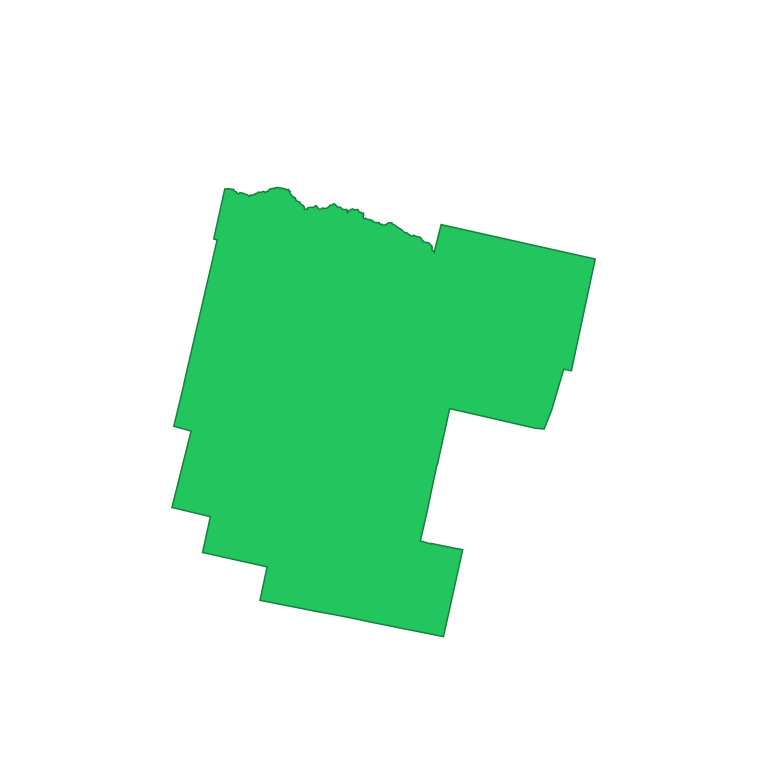 the district of Ayacucho, Buenos Aires, Argentina, rotated 60°
{"feature_id": "61730980B23914757099295", "entity_name": "Ayacucho", "entity_type": "district", "adm_level": 2, "iso_a3": "ARG", "parent_name": "Argentina", "parent_adm1": "Buenos Aires", "projection": "natural_earth1", "projection_center": [-58.84, -36.976], "detail": "fine", "context": "isolated", "style": "filled", "palette": "green", "viewbox_px": 768, "rotation_deg": 60, "n_neighbors": 0, "source": "geoboundaries", "source_scale": "gbopen_adm2", "svg_char_len": 6038}
<svg xmlns="http://www.w3.org/2000/svg" viewBox="0 0 768 768"><g transform="rotate(60 384 384)"><path d="M466.2,215.1L381.4,138.6L274.5,254.8L295.0,274.7L294.2,274.7L293.9,274.8L292.9,275.0L292.4,275.3L291.7,275.4L291.0,274.8L290.3,274.0L289.4,274.0L288.4,273.8L288.0,273.4L287.6,273.7L287.2,274.1L285.8,274.2L284.7,274.4L284.4,274.6L283.5,275.3L283.1,275.7L283.2,276.1L282.9,276.5L282.3,277.1L281.5,277.5L280.7,278.6L280.1,278.8L279.7,278.6L279.2,278.6L278.5,279.0L277.8,279.0L277.3,278.9L276.4,279.1L275.1,279.2L274.8,279.4L274.6,279.6L274.2,280.3L274.0,280.5L273.6,280.7L272.9,281.4L272.9,281.8L272.5,282.1L272.1,282.7L271.8,282.7L271.6,282.9L271.2,283.2L270.7,283.3L270.6,283.5L270.4,283.8L270.0,284.1L269.8,284.5L269.9,285.6L269.8,286.2L269.6,286.6L269.0,286.8L268.6,287.0L268.1,287.1L267.8,287.3L267.2,287.4L267.0,287.8L266.6,288.1L266.2,288.1L265.4,288.2L265.3,288.4L264.9,288.5L264.4,288.7L263.8,289.5L263.5,290.2L263.0,290.4L262.5,290.7L261.4,291.0L260.5,291.4L259.1,291.6L258.7,291.8L256.7,293.0L255.5,293.5L254.8,294.1L253.5,294.4L252.3,294.9L251.3,295.6L250.6,296.0L249.6,296.8L249.2,296.7L248.8,296.5L248.4,296.5L248.1,296.7L248.1,297.2L247.7,297.6L247.5,297.9L247.3,298.8L246.8,299.2L246.6,299.5L246.7,301.3L246.9,301.8L247.1,302.3L247.0,302.6L246.7,303.1L246.9,303.8L246.7,304.2L245.5,305.8L245.3,305.9L244.6,306.1L244.2,306.4L244.0,307.0L243.5,307.5L243.2,307.8L242.8,307.7L242.2,307.5L241.8,307.5L241.5,307.8L241.3,308.1L241.2,308.5L241.3,309.0L240.7,309.9L240.2,310.0L240.2,310.4L239.5,311.0L239.2,311.1L238.4,312.4L238.1,312.4L237.5,312.1L237.2,312.1L236.4,312.5L235.9,313.2L235.5,313.5L234.7,313.7L234.3,314.5L234.0,314.7L233.8,315.1L233.7,315.4L233.5,315.5L233.4,315.8L233.1,316.2L232.9,316.4L231.9,316.7L231.5,316.8L231.2,317.0L231.1,317.3L231.2,318.1L231.1,318.6L230.5,318.9L230.1,318.9L229.6,318.9L229.2,318.5L228.9,318.4L228.5,318.5L228.2,318.5L228.1,318.2L227.9,317.6L227.5,316.9L226.1,316.6L225.9,316.3L225.6,316.4L225.5,316.5L225.8,317.0L225.8,317.3L225.6,317.7L225.2,317.9L224.1,317.9L223.2,318.9L222.8,319.1L222.7,319.5L222.3,319.6L221.6,319.6L221.3,319.4L220.8,319.5L220.5,319.5L220.2,319.3L219.9,319.4L219.4,320.0L219.4,320.4L218.9,321.2L218.9,322.2L218.5,322.6L218.2,322.6L217.5,323.1L216.9,323.3L216.7,323.5L216.5,324.1L216.4,324.4L216.5,324.8L216.4,325.5L216.5,326.1L216.4,326.6L216.4,327.2L216.5,327.7L216.7,328.2L216.7,328.5L216.8,328.9L217.2,329.3L217.4,329.6L217.4,329.9L217.2,330.1L216.9,330.1L216.3,329.9L216.2,329.7L216.2,329.4L216.4,329.1L216.2,328.9L215.7,328.8L215.5,329.1L214.8,329.0L214.5,328.9L214.2,329.0L213.7,329.5L213.8,330.0L213.8,330.3L213.3,331.1L213.0,331.4L212.6,331.7L212.2,332.1L211.7,332.5L211.3,332.8L210.9,332.9L209.3,333.2L209.1,333.5L208.9,334.0L208.6,334.4L208.2,334.8L207.8,334.9L207.5,335.7L207.0,336.1L206.5,336.2L205.6,336.1L205.2,336.2L203.2,336.8L203.0,337.2L202.9,337.6L202.7,338.0L203.3,339.2L203.2,339.7L202.7,340.2L202.3,341.0L202.2,341.6L202.3,341.9L202.8,342.6L202.9,343.0L202.8,343.5L203.0,344.4L203.1,344.7L203.1,345.2L203.0,345.5L202.8,346.8L202.4,347.4L201.8,348.2L201.5,348.4L201.1,348.9L200.9,349.0L200.9,350.1L200.9,351.0L201.0,351.8L200.8,352.3L200.0,352.9L199.5,352.9L198.5,353.4L198.2,353.4L197.4,353.2L196.7,353.3L196.1,353.6L195.8,353.6L195.5,353.7L195.4,354.1L195.3,354.5L195.7,355.3L195.6,356.0L195.9,356.5L195.8,356.8L194.7,358.5L194.3,359.3L193.9,360.1L193.9,360.4L193.5,361.0L193.4,361.7L193.5,362.0L193.7,362.4L193.7,363.1L194.2,363.6L194.0,364.0L193.6,364.3L193.2,365.3L192.3,365.4L191.9,365.2L191.4,364.7L191.0,364.4L190.1,364.8L189.4,364.7L188.8,365.1L188.4,365.1L187.8,365.3L187.4,365.7L185.8,366.2L185.1,366.3L184.6,365.9L184.1,366.0L183.8,366.2L183.6,366.8L183.4,367.1L183.1,367.3L182.6,367.3L182.3,367.5L182.1,367.8L181.8,368.3L181.5,368.4L180.7,368.4L180.5,368.2L180.0,368.0L179.3,368.1L178.8,368.0L178.5,367.8L178.3,367.9L178.3,368.5L178.1,368.4L178.0,368.2L177.7,368.3L177.4,368.5L176.0,369.3L175.8,369.3L174.4,369.8L173.6,369.6L172.8,369.8L172.4,370.0L172.0,370.0L171.6,370.1L171.3,370.1L171.0,369.8L170.8,369.8L170.6,369.6L170.6,368.9L170.4,368.9L170.2,369.0L169.4,369.7L169.0,369.9L168.8,369.8L168.8,369.4L168.6,369.3L168.3,369.4L167.4,369.8L167.2,371.1L166.9,371.6L166.4,371.8L165.4,372.1L165.2,372.5L164.2,373.4L163.8,374.0L163.8,374.4L163.4,374.6L163.0,375.0L161.8,376.5L161.0,377.0L160.8,377.8L160.7,378.1L160.3,378.6L159.9,379.9L160.3,380.9L160.3,381.2L159.8,381.3L159.5,381.2L159.2,381.4L159.2,381.9L159.3,382.2L159.3,382.5L158.9,383.0L158.7,383.9L158.2,385.0L158.3,385.2L158.1,385.7L158.2,386.2L158.7,386.8L158.9,387.4L158.8,387.6L158.9,388.0L158.7,388.3L158.7,388.8L158.7,389.2L158.6,389.5L158.8,389.9L158.7,390.1L158.9,390.3L158.7,390.4L158.8,390.9L158.0,391.2L158.0,391.6L157.1,391.9L156.8,392.3L156.7,393.0L156.5,394.2L156.7,394.8L156.3,395.4L156.0,395.5L155.1,396.4L155.1,396.8L155.1,397.5L155.3,398.0L155.2,398.4L155.4,398.7L155.4,399.0L154.9,399.6L154.9,399.9L155.0,400.3L154.9,400.7L154.8,401.1L155.0,402.5L154.9,403.1L154.7,403.6L154.0,404.3L153.7,404.6L153.7,405.0L154.2,405.7L154.1,406.1L153.9,406.3L154.1,406.8L153.8,407.0L153.2,407.1L152.2,407.6L151.5,408.1L150.8,408.6L150.5,409.0L149.8,409.6L148.7,410.2L148.5,410.5L148.3,411.0L147.3,411.7L146.8,412.2L146.5,412.6L146.3,413.2L146.3,413.8L146.5,414.6L146.4,415.1L146.0,415.6L143.9,415.8L142.6,416.9L141.7,417.2L141.3,417.2L140.8,416.9L140.0,417.1L139.9,417.8L139.6,418.1L139.5,418.5L138.9,418.7L138.6,419.2L138.4,419.7L138.1,420.1L137.7,420.4L137.3,420.5L137.1,421.0L136.7,421.6L136.6,421.9L136.3,422.5L136.3,423.2L135.5,424.2L135.5,424.4L173.3,459.0L175.8,456.5L283.7,557.2L283.9,557.1L315.5,587.2L328.3,574.6L384.9,629.4L412.1,600.7L439.2,625.4L483.9,576.7L509.4,599.6L526.1,580.4L533.8,571.5L547.5,555.9L558.4,543.0L569.5,530.3L584.7,513.3L600.3,495.5L602.2,493.5L632.5,458.8L566.9,398.7L558.4,408.5L545.6,422.9L546.1,423.3L540.5,428.6L538.2,431.1L525.8,419.5L520.7,414.8L517.0,411.3L499.4,395.6L479.9,378.1L480.2,377.8L438.2,339.4L497.7,275.4L503.1,267.8L490.3,251.7L461.1,221.0L466.2,215.1Z" fill="#22c55e" stroke="#15803d" stroke-width="1.5"/></g></svg>